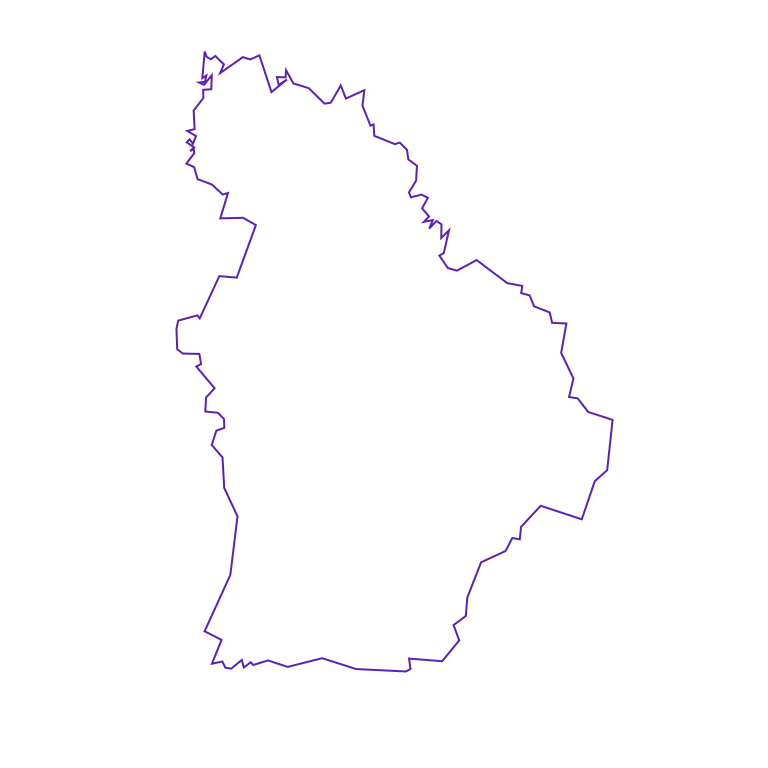 Suciu De Sus, Maramures, Romania (Robinson projection), rotated 279°
{"feature_id": "2599482B58467400013366", "entity_name": "Suciu De Sus", "entity_type": "district", "adm_level": 2, "iso_a3": "ROU", "parent_name": "Romania", "parent_adm1": "Maramures", "projection": "robinson", "projection_center": [24.066, 47.421], "detail": "medium", "context": "isolated", "style": "outline", "palette": "violet", "viewbox_px": 768, "rotation_deg": 279, "n_neighbors": 0, "source": "geoboundaries", "source_scale": "gbopen_adm2", "svg_char_len": 1931}
<svg xmlns="http://www.w3.org/2000/svg" viewBox="0 0 768 768"><g transform="rotate(279 384 384)"><path d="M333.8,617.9L384.3,615.4L388.3,590.1L400.1,577.5L400.1,568.8L419.0,570.3L442.5,554.1L472.3,554.7L470.7,540.5L480.6,536.5L484.2,520.0L494.3,514.0L495.2,505.3L502.5,505.3L502.9,489.9L520.9,456.1L507.4,438.3L508.5,429.0L519.5,418.6L522.7,422.6L545.9,424.1L537.2,417.7L550.7,415.8L553.2,410.3L544.6,404.4L553.6,406.6L550.4,398.0L556.5,402.3L563.5,394.1L574.8,398.2L576.9,391.3L572.6,381.4L577.2,378.7L589.9,383.9L604.7,382.4L609.6,372.9L618.9,370.1L624.9,361.8L622.6,357.2L627.6,335.6L638.7,333.1L637.1,330.2L655.4,319.2L671.1,318.6L660.0,301.7L672.1,294.6L653.5,287.4L651.6,281.4L664.4,263.5L666.7,247.5L678.6,238.2L671.5,238.8L670.4,230.2L662.9,233.2L669.6,240.5L654.7,227.2L689.1,209.5L683.6,201.1L684.8,193.5L665.5,173.6L674.6,175.9L681.6,166.1L677.6,162.1L679.5,157.5L684.3,154.9L657.7,156.7L660.9,160.3L654.4,159.9L652.9,154.2L651.3,159.4L662.0,165.6L648.1,167.3L646.3,159.4L638.2,160.8L624.2,153.2L606.1,157.1L603.2,150.1L599.4,159.6L591.4,157.7L595.2,153.7L591.8,151.4L588.0,159.5L583.7,156.1L586.3,159.4L582.3,160.5L570.8,154.3L568.5,162.5L557.2,167.8L554.1,182.8L545.9,195.0L548.2,200.0L522.0,196.4L526.1,218.8L520.9,232.6L466.0,221.9L464.8,204.5L420.0,191.7L422.6,189.0L414.4,170.8L405.9,170.4L386.0,174.3L382.6,180.5L384.8,196.9L375.1,200.2L371.9,195.9L353.3,217.3L342.8,210.4L328.9,211.8L329.6,224.5L324.3,231.5L315.7,233.1L311.7,225.7L296.8,223.4L286.2,236.0L256.4,242.4L230.4,260.0L171.4,262.1L111.7,245.5L105.8,263.6L80.8,257.8L84.6,267.7L78.9,271.8L79.0,277.7L89.2,286.7L82.1,289.9L88.3,295.9L86.0,298.7L92.8,312.7L89.5,333.1L103.5,365.8L98.1,401.1L103.5,450.7L106.7,454.7L116.7,451.7L119.3,484.8L142.5,498.4L156.8,490.4L167.7,501.1L186.1,499.7L223.1,507.8L238.1,530.2L251.9,534.8L251.9,542.4L264.3,541.7L288.2,557.8L281.3,600.5L321.0,607.4L333.8,617.9Z" fill="none" stroke="#5b21b6" stroke-width="2"/></g></svg>